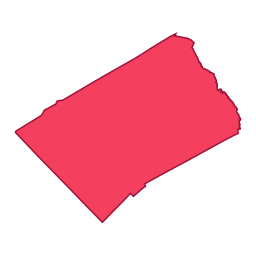 San Isidro, Buenos Aires, Argentina (Robinson projection)
{"feature_id": "61730980B51340579014160", "entity_name": "San Isidro", "entity_type": "district", "adm_level": 2, "iso_a3": "ARG", "parent_name": "Argentina", "parent_adm1": "Buenos Aires", "projection": "robinson", "projection_center": [-58.492, -34.488], "detail": "fine", "context": "isolated", "style": "filled", "palette": "rose", "viewbox_px": 256, "rotation_deg": 0, "n_neighbors": 0, "source": "geoboundaries", "source_scale": "gbopen_adm2", "svg_char_len": 5014}
<svg xmlns="http://www.w3.org/2000/svg" viewBox="0 0 256 256"><path d="M239.5,129.2L239.6,128.9L239.8,129.0L240.1,129.0L240.3,128.9L240.1,128.4L239.8,128.4L239.7,128.4L239.9,128.2L240.0,128.1L239.9,128.0L239.8,127.8L239.6,127.6L239.8,127.4L239.6,127.1L239.8,126.9L239.8,126.7L239.4,126.4L239.4,125.9L239.4,125.6L239.6,125.6L239.7,125.1L239.8,125.1L240.0,124.9L239.9,124.7L240.0,124.4L239.6,124.2L239.5,123.9L239.2,123.7L239.2,123.3L239.3,123.1L239.5,123.1L239.5,122.9L239.3,122.7L239.2,122.5L239.3,121.6L239.3,121.0L239.2,120.8L239.2,120.7L239.6,120.6L239.7,120.4L240.0,120.3L240.6,119.9L240.6,119.7L240.5,119.4L240.3,119.3L240.2,119.2L240.4,118.8L240.4,118.5L240.3,118.2L240.2,118.0L240.1,117.9L239.5,117.6L239.3,117.7L239.2,117.8L239.2,117.4L239.2,116.9L238.9,115.8L238.9,115.5L238.8,115.4L238.9,115.0L238.5,114.4L238.2,114.0L237.9,113.9L237.7,113.5L237.6,113.4L237.4,113.4L237.3,113.0L237.2,112.8L236.9,112.6L236.7,111.7L236.5,111.1L236.4,110.9L236.4,110.5L236.5,110.4L236.7,110.2L237.4,109.8L237.4,109.5L236.9,108.8L236.8,108.4L236.3,107.4L236.1,107.1L235.5,106.7L235.1,106.5L234.8,106.5L234.6,106.4L234.5,106.1L234.6,105.7L234.2,105.1L233.9,105.0L233.8,104.9L233.8,104.6L233.9,104.3L233.6,103.6L233.3,103.5L233.2,103.4L233.3,103.2L233.1,102.9L233.1,102.6L232.6,102.5L232.5,102.3L232.2,101.9L232.1,101.5L231.9,101.4L231.7,101.3L231.4,101.1L231.1,100.9L230.9,100.9L230.9,100.7L231.1,100.6L230.9,100.2L230.5,100.0L230.3,100.0L230.2,100.0L230.1,99.9L229.9,99.9L229.8,99.7L230.1,99.5L230.1,99.4L229.8,99.2L229.3,98.8L229.2,98.7L228.9,98.5L228.4,98.5L228.3,98.4L228.2,98.3L228.5,98.2L228.5,97.8L228.4,97.7L228.5,97.5L228.4,97.4L228.6,97.4L228.4,97.0L228.1,97.1L227.8,97.0L227.8,96.9L228.0,96.8L228.0,96.6L227.8,96.6L227.6,96.3L227.6,96.2L227.3,95.5L227.2,95.5L226.7,95.4L226.6,95.2L226.6,94.9L226.1,94.9L225.9,94.8L225.8,94.7L226.0,94.6L226.3,94.7L226.5,94.4L226.4,94.2L226.2,94.0L225.8,93.6L225.5,93.3L225.2,93.1L224.9,93.0L224.9,92.3L224.7,92.2L224.3,92.0L224.0,92.2L223.7,92.3L223.2,92.9L223.0,93.1L222.8,93.2L222.4,92.9L222.7,92.1L222.8,92.0L222.9,91.7L222.8,91.4L222.4,91.4L222.3,91.5L222.1,92.0L221.8,92.3L222.0,91.8L222.0,91.5L221.9,91.3L221.7,91.4L221.3,91.8L220.9,92.4L220.8,92.5L220.7,92.5L220.7,92.4L220.8,92.1L220.9,91.8L221.5,90.1L221.4,89.8L221.2,89.6L221.2,89.4L220.9,89.2L220.8,89.3L220.6,89.4L220.3,89.4L220.1,89.3L220.0,89.2L219.8,89.3L219.7,89.3L219.6,89.5L219.3,89.7L219.0,89.9L218.6,90.2L218.6,90.3L218.6,90.6L218.0,90.4L217.9,90.3L217.7,90.1L217.6,89.5L217.4,89.2L217.3,88.9L217.3,88.5L217.2,88.1L217.2,87.3L217.1,87.0L217.2,86.8L217.0,86.6L216.8,86.5L216.9,86.2L217.0,86.0L217.3,85.6L217.3,85.4L217.3,85.2L217.2,85.0L217.1,84.9L217.1,84.5L217.0,84.4L216.8,84.0L216.7,83.9L216.8,83.8L217.0,83.7L217.1,83.4L217.0,83.2L216.7,83.1L216.3,82.7L216.6,82.5L216.6,82.4L216.4,82.1L216.2,82.0L215.9,81.9L216.2,81.6L216.3,81.3L216.4,81.1L216.4,80.7L216.4,80.4L216.3,80.2L215.8,79.9L215.7,79.9L215.7,80.0L215.7,79.6L215.9,79.3L215.9,79.2L215.8,78.9L215.5,78.7L215.3,78.6L215.3,78.4L215.2,78.2L215.0,77.9L215.2,77.6L215.2,77.4L215.1,77.2L214.6,77.0L214.3,76.7L214.2,75.6L214.0,74.8L214.0,74.1L213.9,73.9L213.4,73.6L212.9,73.4L212.7,73.4L212.4,73.2L212.2,73.0L211.5,72.9L211.2,72.6L210.9,72.6L210.6,72.8L210.5,72.7L210.4,72.5L209.8,72.4L209.7,72.3L209.9,71.9L209.9,71.7L209.4,71.1L208.5,70.7L207.8,70.5L207.4,70.1L207.2,70.0L206.9,70.0L206.8,69.8L206.0,69.5L205.8,69.5L205.3,69.2L205.0,69.2L204.7,68.8L204.5,68.6L204.0,68.5L203.5,68.6L203.3,68.6L202.7,68.1L202.5,67.9L202.3,67.6L202.3,67.3L202.4,67.1L202.3,66.7L202.1,66.5L201.9,66.4L201.7,66.5L201.4,66.5L201.3,66.3L201.5,66.1L201.5,65.8L201.5,65.3L201.3,65.0L201.0,64.8L200.8,64.8L200.8,64.6L201.1,64.3L201.1,64.1L201.0,63.9L200.9,63.8L200.7,63.8L200.6,63.6L200.6,63.3L200.5,63.1L200.3,63.1L200.2,63.0L200.2,62.8L199.8,62.7L199.5,62.7L199.4,62.7L199.5,62.3L199.4,61.8L199.0,61.6L198.9,61.6L199.0,61.4L198.9,61.1L198.3,60.1L198.3,59.8L198.2,59.4L197.9,59.2L197.8,58.9L197.7,58.6L197.7,58.2L197.2,57.0L196.7,56.6L196.5,56.3L196.3,56.0L196.4,55.4L196.1,55.1L195.8,54.6L195.7,54.3L195.4,54.1L195.3,53.9L195.2,53.7L195.2,53.3L194.8,52.7L194.6,52.5L194.4,52.4L194.2,51.6L194.1,51.4L193.6,50.9L193.5,50.6L193.5,50.4L193.6,50.2L193.3,49.6L192.9,48.7L192.5,48.6L192.3,48.4L192.0,47.6L192.1,47.1L193.9,43.3L194.1,42.7L193.9,42.5L193.6,42.5L192.1,40.9L191.2,40.1L190.9,40.0L189.9,39.4L187.6,38.3L187.0,38.1L186.0,38.0L184.2,37.6L183.5,37.5L183.0,37.4L182.1,37.3L179.5,36.7L178.3,36.6L176.7,36.1L175.8,36.0L174.7,36.1L175.9,33.7L170.3,36.5L151.2,48.1L144.9,52.2L137.5,56.8L135.0,58.4L114.8,69.8L100.6,77.9L100.2,78.3L97.1,80.0L96.5,80.3L62.9,100.1L57.2,101.0L55.6,104.5L55.3,104.2L48.1,108.3L44.4,110.1L41.7,115.2L16.0,131.1L15.7,131.7L15.4,132.4L23.0,140.3L36.0,154.1L74.5,193.6L83.2,202.7L102.4,222.3L115.4,208.9L122.0,202.3L130.5,193.4L133.5,196.3L140.1,190.5L142.7,188.3L145.6,186.2L144.4,184.0L158.8,176.0L173.3,168.2L191.3,158.5L219.3,143.1L231.9,136.4L238.2,133.3L238.0,132.2L237.9,129.2L239.5,129.2Z" fill="#f43f5e" stroke="#9f1239" stroke-width="1.5"/></svg>